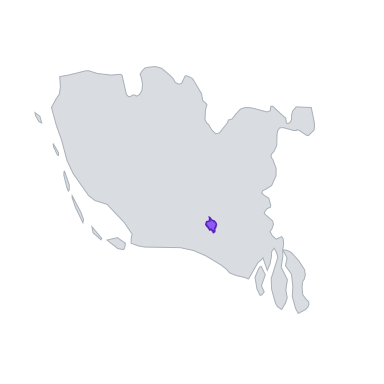 Bodegraven-Reeuwijk, Zuid-Holland, Netherlands shown in context, rotated 257°
{"feature_id": "6326949B27886960256598", "entity_name": "Bodegraven-Reeuwijk", "entity_type": "district", "adm_level": 2, "iso_a3": "NLD", "parent_name": "Netherlands", "parent_adm1": "Zuid-Holland", "projection": "robinson", "projection_center": [4.773, 52.068], "detail": "fine", "context": "in_parent", "style": "filled", "palette": "violet", "viewbox_px": 384, "rotation_deg": 257, "n_neighbors": 0, "source": "geoboundaries", "source_scale": "gbopen_adm2", "svg_char_len": 4766}
<svg xmlns="http://www.w3.org/2000/svg" viewBox="0 0 384 384"><g transform="rotate(257 192 192)"><path d="M247.5,327.2L239.9,327.0L232.8,326.8L229.0,326.3L225.0,324.9L223.1,322.0L220.9,318.4L221.5,316.3L228.1,310.1L229.1,308.4L228.4,307.5L229.1,304.8L234.1,295.6L234.8,291.9L232.5,289.3L229.1,287.8L218.4,285.1L213.3,281.2L210.9,277.9L208.5,276.9L205.0,278.1L196.1,279.3L188.9,277.5L180.4,271.1L178.4,265.5L177.3,261.1L175.2,259.6L172.3,261.8L168.7,265.4L161.6,265.8L159.5,265.0L159.2,263.0L158.8,261.2L156.8,258.8L154.7,257.5L145.6,264.1L142.2,264.1L138.0,261.5L135.9,259.1L131.2,260.5L127.0,263.5L128.4,269.2L126.2,270.3L121.0,269.7L115.2,267.4L108.7,266.0L98.8,262.0L85.0,265.2L75.5,261.4L67.5,261.0L62.6,258.0L57.3,252.9L61.1,249.5L64.8,248.3L79.3,247.7L89.9,249.7L108.9,260.9L113.7,260.8L118.8,259.4L116.2,256.3L111.4,254.9L104.4,251.9L98.7,247.7L112.0,246.3L110.2,244.2L108.4,240.4L94.5,227.5L96.9,224.0L100.5,216.5L104.9,210.2L108.4,208.6L114.1,204.1L126.6,191.2L134.5,180.6L140.4,168.1L149.0,133.5L151.5,127.7L155.7,121.1L160.8,122.4L164.4,124.2L177.2,119.3L199.1,106.5L205.5,95.5L211.8,90.4L236.8,80.3L250.7,77.3L272.0,76.6L287.4,74.8L306.0,74.1L313.1,80.3L317.3,84.8L323.9,87.4L334.2,89.1L333.7,98.0L334.0,115.7L333.3,118.8L328.8,126.3L324.1,139.6L322.9,148.4L321.5,150.1L301.9,150.0L299.2,151.6L298.8,153.5L299.8,155.7L299.4,158.0L297.8,159.8L298.7,162.7L302.1,166.0L308.4,168.1L315.0,168.3L318.4,167.9L320.9,170.3L323.4,173.9L323.3,178.5L322.4,184.7L319.4,190.3L310.4,196.9L306.4,199.2L302.6,200.4L300.8,202.1L299.9,204.3L300.2,206.3L306.7,211.5L306.5,212.7L304.7,215.5L302.2,218.1L285.6,223.4L278.8,223.0L274.9,225.7L273.6,226.2L269.3,223.7L259.5,220.9L255.9,221.9L253.9,223.4L247.8,225.3L243.4,228.2L243.4,232.0L251.2,241.8L254.0,243.7L254.1,247.4L257.9,252.0L261.8,257.7L262.3,261.4L261.9,265.1L259.9,270.4L253.3,282.7L253.2,285.0L253.8,286.8L256.1,287.3L257.9,288.2L257.4,289.9L244.8,298.4L243.2,299.9L237.9,299.5L237.1,300.9L237.8,303.2L239.9,305.2L244.4,306.3L248.3,308.4L251.5,312.7L247.5,327.2ZM115.2,267.4L114.1,270.9L111.1,274.9L101.2,280.5L90.9,284.2L85.6,283.7L81.9,281.8L80.0,279.8L74.5,277.8L66.9,276.8L62.2,278.9L58.8,281.0L55.9,280.6L53.7,278.9L52.0,276.4L49.8,268.2L55.5,266.7L67.7,266.2L77.1,269.0L89.6,270.4L99.1,266.5L106.6,269.8L115.2,267.4ZM94.7,234.2L101.9,239.3L103.5,241.0L104.0,242.7L94.8,244.8L85.0,238.5L78.5,239.9L76.0,237.0L76.0,235.1L82.8,233.5L94.7,234.2ZM164.3,109.0L157.0,115.6L152.6,113.8L151.3,112.2L153.5,107.0L164.3,98.4L164.3,109.0ZM196.6,79.3L189.7,80.1L186.6,78.8L203.1,75.0L213.6,73.9L215.4,74.4L196.6,79.3ZM240.9,72.5L226.4,74.0L221.5,72.8L220.7,71.7L224.6,71.1L237.0,70.9L240.8,71.9L240.9,72.5ZM180.6,86.7L167.1,93.6L165.9,92.5L174.6,86.4L180.6,86.7ZM299.9,60.8L293.1,61.1L295.0,58.7L301.3,56.8L304.7,56.8L299.9,60.8ZM270.5,67.6L260.2,70.8L257.7,70.1L258.3,69.2L267.4,67.2L270.5,67.6Z" fill="#d9dde1" stroke="#a8b0b8" stroke-width="1"/><path d="M163.4,203.2L163.2,203.2L162.8,203.2L162.7,203.2L162.2,203.2L161.9,203.2L161.7,203.2L161.4,203.2L161.1,203.2L160.9,203.2L160.7,203.2L160.5,203.3L160.2,203.4L160.3,203.3L160.3,203.2L160.5,202.8L160.4,202.8L160.4,202.7L160.2,202.6L159.9,202.7L159.9,202.2L159.7,201.1L159.7,200.9L159.7,200.6L159.7,199.8L159.8,199.8L159.8,199.7L159.6,199.5L159.5,199.4L159.3,199.3L158.5,198.8L157.6,198.3L157.5,198.2L157.4,198.2L157.4,198.3L157.2,198.4L156.9,198.4L156.7,198.4L156.7,198.5L156.8,198.5L156.7,198.6L156.4,198.6L156.4,198.8L156.2,198.8L155.9,198.9L155.7,198.9L155.7,199.0L155.4,199.0L155.2,199.0L155.0,199.3L154.9,199.3L154.7,199.4L154.6,199.5L154.6,199.4L154.5,199.5L154.3,199.5L154.2,199.5L153.8,199.6L153.7,199.6L153.4,199.7L153.5,199.7L153.5,199.8L153.1,200.0L152.0,200.4L150.9,200.7L150.9,200.8L151.0,200.8L151.3,201.0L151.4,201.4L151.5,201.6L151.5,201.8L151.6,202.0L151.6,202.3L150.9,202.5L150.7,202.5L150.3,202.7L150.1,203.3L149.5,203.1L149.3,204.0L149.2,204.1L149.0,203.9L148.9,203.8L148.9,203.7L148.0,203.5L147.6,203.6L147.6,203.8L147.8,204.0L147.9,204.3L148.1,204.3L148.3,204.5L148.2,204.8L149.0,204.8L148.9,205.5L149.0,205.5L149.6,205.6L150.4,205.8L150.7,205.9L150.8,205.9L151.1,205.9L151.7,206.1L151.8,206.1L151.8,206.3L152.0,206.4L152.0,207.0L152.3,207.2L152.4,207.3L152.5,207.2L152.6,207.3L152.8,207.3L153.0,207.3L153.3,207.5L153.5,207.5L153.8,207.6L154.0,208.1L154.3,208.4L155.2,208.4L155.3,208.4L155.5,208.4L155.8,208.4L156.1,208.4L156.3,208.3L156.6,208.2L156.9,208.1L157.0,208.1L157.8,207.6L158.2,207.4L158.3,207.4L158.7,207.2L158.5,206.6L158.8,206.5L159.0,206.4L159.2,206.2L159.4,206.1L159.5,205.9L160.0,205.3L160.1,205.1L160.6,204.8L160.7,204.7L160.8,204.6L161.1,204.5L161.2,204.4L161.3,204.3L161.5,204.2L161.8,204.2L162.0,204.2L162.3,204.0L162.6,203.9L162.8,203.8L163.0,203.7L163.4,203.2Z" fill="#8b5cf6" stroke="#5b21b6" stroke-width="1.5"/></g></svg>